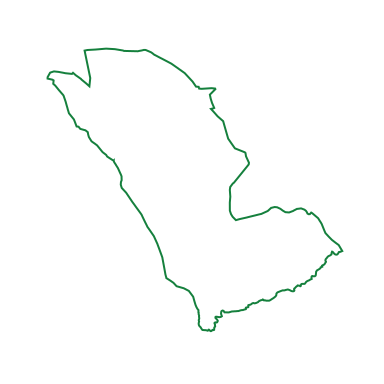 outline of Mazhar, Raymah, Yemen, rotated 6°
{"feature_id": "15242507B74334805972717", "entity_name": "Mazhar", "entity_type": "district", "adm_level": 2, "iso_a3": "YEM", "parent_name": "Yemen", "parent_adm1": "Raymah", "projection": "albers", "projection_center": [43.787, 14.568], "detail": "fine", "context": "isolated", "style": "outline", "palette": "green", "viewbox_px": 384, "rotation_deg": 6, "n_neighbors": 0, "source": "geoboundaries", "source_scale": "gbopen_adm2", "svg_char_len": 5949}
<svg xmlns="http://www.w3.org/2000/svg" viewBox="0 0 384 384"><g transform="rotate(6 192 192)"><path d="M347.6,235.0L343.5,229.5L343.4,229.4L340.0,227.4L336.0,224.9L335.9,224.8L333.6,222.9L332.4,221.9L329.0,218.9L327.7,216.6L324.3,210.2L322.8,208.2L322.1,207.4L321.5,206.6L320.2,204.9L314.5,201.0L313.4,200.3L312.7,200.0L311.5,201.7L310.3,201.9L309.0,201.3L308.6,200.4L307.4,198.9L305.7,197.8L302.2,196.9L298.9,197.7L298.2,197.8L295.0,199.9L294.4,200.4L293.5,200.8L290.7,202.2L287.0,202.3L284.2,201.0L281.7,199.5L278.3,198.3L278.1,198.3L275.8,198.3L274.4,198.8L272.5,199.5L272.4,199.5L269.3,203.0L264.0,206.1L263.4,206.5L261.3,207.2L257.2,208.7L253.0,210.2L249.7,211.4L249.5,211.5L242.7,213.8L242.1,214.0L238.6,215.4L235.0,212.4L233.1,209.9L231.6,206.6L230.8,199.4L230.7,198.4L230.6,192.7L229.4,186.0L229.5,183.0L231.7,179.3L232.7,178.4L245.5,158.7L245.6,157.0L245.5,156.8L242.0,150.9L241.1,147.6L240.4,147.0L230.1,144.1L226.9,140.4L226.1,139.5L223.2,136.1L222.4,135.2L218.8,126.3L216.5,120.6L215.6,118.3L209.5,114.0L205.5,110.3L202.2,107.4L204.7,106.5L205.3,106.1L202.6,101.3L200.8,97.1L199.6,93.3L204.5,87.3L204.2,86.7L200.6,86.7L190.7,88.4L188.3,88.4L187.6,86.7L185.0,86.8L183.3,84.8L181.0,82.1L172.3,74.5L160.2,67.7L158.0,66.5L154.3,65.0L148.0,62.5L146.9,62.1L146.4,61.9L140.7,59.6L140.4,59.6L137.9,58.0L136.8,57.4L135.0,56.8L131.1,55.6L129.4,55.7L127.2,56.5L124.5,57.3L123.4,57.7L123.2,57.7L114.7,58.4L109.6,58.8L108.6,58.5L100.4,58.0L91.6,58.4L81.2,60.4L73.2,61.7L70.4,62.6L78.9,89.3L78.9,96.6L78.9,97.6L77.1,96.3L75.3,95.0L70.3,91.7L69.6,91.0L68.2,90.3L67.6,89.9L64.3,88.1L61.2,85.9L60.3,87.1L57.0,87.1L53.7,87.1L50.6,86.8L50.3,86.8L46.7,86.5L46.4,86.5L45.3,86.5L42.1,86.5L40.5,87.2L38.7,88.0L38.4,88.2L36.4,92.9L36.5,94.3L41.5,94.9L42.7,95.5L42.7,98.9L44.9,100.5L45.7,101.3L46.1,101.7L49.4,105.0L49.9,105.4L50.7,106.2L53.8,109.1L54.2,109.6L56.9,115.4L58.3,119.0L59.3,121.4L59.8,122.8L60.5,124.4L61.4,126.6L65.5,130.7L66.0,131.2L67.0,132.2L70.4,138.9L72.3,138.9L74.3,140.9L79.6,141.8L82.1,143.4L82.7,145.6L83.4,147.4L83.7,148.1L85.7,150.7L86.8,152.1L88.7,153.2L90.2,154.0L91.0,154.5L92.7,155.5L92.9,155.7L98.4,161.2L98.9,161.7L102.8,164.1L103.9,165.6L104.1,165.7L106.4,166.9L109.6,168.5L110.6,169.0L110.8,168.8L110.8,169.0L111.5,170.5L112.4,171.6L113.5,172.9L113.7,173.3L115.8,175.9L116.2,176.6L118.3,180.2L119.5,182.2L120.3,183.8L120.8,187.6L120.3,189.5L120.4,192.2L121.7,195.3L125.0,198.2L126.6,199.6L133.6,208.0L135.6,210.2L138.0,212.9L142.8,218.2L144.2,219.8L145.2,221.5L148.4,226.7L150.4,229.8L151.0,230.8L151.2,231.2L152.9,233.1L158.7,239.9L160.1,242.3L163.1,247.4L163.3,247.9L165.4,252.1L169.3,260.1L169.7,261.5L171.6,267.9L172.4,270.6L174.2,276.8L175.4,279.9L175.5,280.3L179.9,282.5L182.2,283.8L183.0,284.2L186.5,287.3L193.9,288.6L199.2,290.7L202.8,294.6L204.0,295.9L204.1,296.0L205.9,300.6L207.3,303.9L208.5,306.1L209.8,307.9L210.7,308.7L210.9,309.7L210.9,310.9L211.3,311.4L211.3,312.6L212.0,314.2L212.0,315.3L212.4,316.8L212.4,317.4L212.1,318.7L212.3,319.4L212.6,320.1L212.4,321.3L212.4,322.4L212.8,323.7L213.6,324.8L214.6,325.5L215.4,326.6L216.4,327.8L216.8,328.1L217.2,328.1L217.8,328.1L218.5,328.1L219.5,328.0L220.3,328.0L221.1,328.1L222.2,328.3L222.6,327.8L222.9,327.2L223.4,327.2L224.0,327.6L224.5,328.1L224.9,328.4L225.4,328.4L226.1,328.0L226.4,327.5L226.8,327.0L227.4,327.0L227.9,327.1L228.4,326.8L228.4,326.1L228.4,325.4L228.3,324.7L228.5,324.1L228.9,323.7L229.1,323.0L228.7,322.0L228.7,321.2L228.4,320.8L228.1,320.3L228.1,319.8L228.5,319.4L229.0,319.2L229.7,319.2L230.2,319.2L230.6,318.9L231.0,318.0L231.1,317.4L230.6,316.7L230.1,316.1L229.1,315.3L228.5,314.8L228.4,314.2L228.5,313.7L229.0,313.5L229.7,313.5L230.3,313.5L231.2,313.6L232.5,313.6L233.2,313.4L233.9,313.1L234.3,312.8L234.7,312.4L234.3,311.6L234.0,311.0L233.6,310.0L233.6,309.4L233.6,308.3L233.7,307.6L234.1,307.1L234.8,306.7L235.8,306.9L236.9,308.3L237.7,308.2L238.5,308.1L239.0,308.1L241.2,307.9L244.0,306.7L245.1,306.5L245.8,306.4L246.8,306.2L248.3,306.0L248.9,305.8L249.6,305.7L250.3,305.6L250.8,305.5L252.0,304.9L253.3,304.4L254.2,304.2L255.0,304.1L255.7,303.7L256.5,303.4L257.8,302.9L257.9,302.6L257.8,302.3L257.7,301.9L257.6,301.7L257.7,301.4L258.1,301.2L259.9,300.7L260.1,300.4L260.0,300.0L259.9,299.4L259.8,299.2L259.8,298.8L259.9,298.6L260.8,298.3L262.0,297.9L262.7,297.3L263.5,296.5L264.1,296.2L264.5,296.0L265.1,296.1L265.8,296.2L266.5,296.0L267.5,295.6L268.2,295.2L269.2,294.6L269.6,294.0L270.1,293.5L270.5,293.2L271.6,292.6L271.9,292.4L272.6,292.2L273.2,292.0L273.6,291.5L274.3,291.7L274.5,292.1L274.9,292.3L276.0,292.1L277.1,292.3L280.1,292.0L281.1,291.4L282.9,289.9L284.1,289.0L286.0,287.1L286.6,285.9L286.6,285.1L286.6,284.2L286.9,283.7L287.5,282.9L290.5,281.3L291.5,280.8L292.6,280.3L293.1,280.3L293.7,280.3L294.7,280.0L295.5,279.6L296.5,279.3L297.2,279.0L298.0,279.0L298.7,279.2L299.5,279.4L301.2,280.1L302.1,280.2L302.9,280.2L303.7,279.9L304.0,279.5L304.1,278.9L303.7,278.2L303.7,277.6L303.9,277.2L304.4,276.8L304.9,276.1L305.5,275.3L306.0,274.8L306.5,274.5L306.8,273.9L307.6,273.9L308.1,274.0L308.4,273.9L309.0,274.1L309.5,274.4L309.9,274.2L310.0,273.8L310.0,273.2L310.2,272.5L310.5,272.1L311.0,271.9L313.5,271.6L313.9,271.3L314.6,270.1L314.9,269.5L315.5,268.9L316.2,268.4L316.9,268.0L317.4,267.8L317.9,267.4L318.7,266.8L319.3,266.4L319.7,266.2L320.1,266.0L319.8,264.6L319.8,263.6L320.3,263.0L320.9,263.0L321.3,263.1L322.1,263.1L323.0,262.9L323.7,262.2L323.8,261.4L323.8,258.2L324.6,256.8L325.9,255.9L326.9,255.1L327.7,254.3L327.8,253.5L328.4,253.1L329.1,252.9L329.4,252.7L329.0,251.8L329.4,251.3L330.4,250.8L331.3,250.0L332.0,248.5L332.5,247.6L332.5,247.2L331.9,246.5L331.8,245.8L332.0,244.9L332.6,244.0L333.3,243.0L333.7,242.2L334.6,241.4L335.9,240.7L336.7,240.0L337.2,239.5L337.2,237.9L337.4,237.4L337.5,236.7L337.9,236.7L338.6,237.2L339.4,238.0L339.9,238.5L340.7,239.0L341.5,239.2L342.3,239.2L343.0,238.9L343.5,238.3L344.0,237.3L344.2,236.6L344.3,236.4L345.8,236.0L347.6,235.0Z" fill="none" stroke="#15803d" stroke-width="2"/></g></svg>